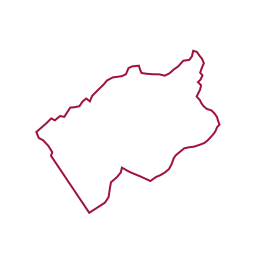 outline of Santo Antônio de Goiás, Goiás, Brazil, rotated 196°
{"feature_id": "56859067B61095479911818", "entity_name": "Santo Antônio de Goiás", "entity_type": "district", "adm_level": 2, "iso_a3": "BRA", "parent_name": "Brazil", "parent_adm1": "Goiás", "projection": "albers", "projection_center": [-49.306, -16.477], "detail": "fine", "context": "isolated", "style": "outline", "palette": "rose", "viewbox_px": 256, "rotation_deg": 196, "n_neighbors": 0, "source": "geoboundaries", "source_scale": "gbopen_adm2", "svg_char_len": 1225}
<svg xmlns="http://www.w3.org/2000/svg" viewBox="0 0 256 256"><g transform="rotate(196 128 128)"><path d="M91.9,83.2L87.3,88.9L84.3,91.2L80.5,95.1L77.3,99.8L76.1,105.4L75.7,111.6L74.6,114.8L72.7,117.7L68.3,124.0L64.2,126.2L59.3,128.3L54.2,131.8L50.5,134.6L48.1,137.9L46.3,141.4L44.3,145.5L43.1,148.9L42.6,153.2L41.0,156.5L43.6,160.0L45.3,162.9L48.8,165.8L52.6,167.9L57.7,168.1L61.5,169.9L64.1,171.9L66.7,174.7L70.7,177.2L69.3,184.6L69.5,189.2L73.4,191.4L71.6,194.5L70.9,199.1L73.9,201.1L73.6,206.1L72.9,211.1L75.9,214.9L79.6,217.5L82.7,220.1L86.6,220.2L86.3,214.5L87.8,210.4L93.4,207.9L96.7,201.1L100.2,196.8L103.2,192.0L107.1,188.4L112.2,188.3L119.4,186.4L125.5,185.2L130.1,184.6L132.5,187.4L134.7,190.9L141.1,188.3L144.0,185.7L144.8,179.1L148.3,176.1L152.0,174.4L156.5,172.5L161.3,167.9L163.7,162.5L166.6,157.6L171.3,149.0L172.0,143.1L176.3,144.8L178.9,141.1L180.7,135.6L184.9,133.3L189.1,131.7L191.0,125.6L192.3,121.2L196.7,120.7L200.4,115.2L204.4,116.1L207.8,110.0L215.0,98.9L211.0,93.8L206.2,92.8L199.7,88.9L194.1,83.8L194.4,80.1L141.9,35.8L129.6,49.9L127.6,56.2L128.7,64.3L129.4,71.1L125.0,77.9L122.7,83.2L122.9,88.2L114.3,86.2L109.5,85.6L103.0,84.9L91.9,83.2Z" fill="none" stroke="#9f1239" stroke-width="2"/></g></svg>